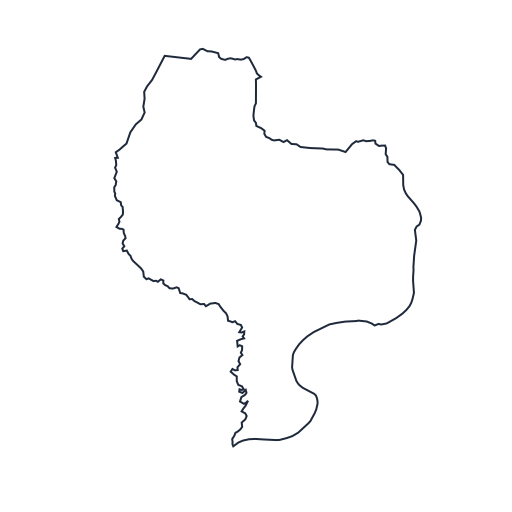 outline of Ananás, Tocantins, Brazil, rotated 195°
{"feature_id": "56859067B59489499559631", "entity_name": "Ananás", "entity_type": "district", "adm_level": 2, "iso_a3": "BRA", "parent_name": "Brazil", "parent_adm1": "Tocantins", "projection": "natural_earth1", "projection_center": [-48.183, -6.194], "detail": "fine", "context": "isolated", "style": "outline", "palette": "slate", "viewbox_px": 512, "rotation_deg": 195, "n_neighbors": 0, "source": "geoboundaries", "source_scale": "gbopen_adm2", "svg_char_len": 3712}
<svg xmlns="http://www.w3.org/2000/svg" viewBox="0 0 512 512"><g transform="rotate(195 256 256)"><path d="M123.4,219.6L120.1,222.1L117.4,222.2L112.3,224.7L104.6,232.2L99.6,238.3L96.7,243.0L94.7,247.4L93.9,251.1L93.7,255.3L93.9,261.3L97.9,272.8L99.0,277.1L100.1,282.8L101.1,286.1L103.3,297.1L105.2,312.4L109.3,322.4L108.5,326.0L106.3,328.6L105.8,332.8L106.4,335.6L108.6,339.6L109.8,341.4L113.5,345.0L116.9,347.7L125.0,353.1L127.7,355.5L130.2,358.6L132.1,362.5L134.9,372.4L140.1,376.3L142.9,377.9L146.0,379.8L151.0,379.2L153.3,380.9L154.7,385.7L157.1,387.9L158.2,393.6L159.9,396.1L163.6,395.0L165.6,394.1L169.7,395.5L170.7,398.1L173.0,398.0L175.8,396.6L179.4,395.4L182.4,395.5L187.0,392.7L189.0,392.8L192.1,389.0L196.4,379.6L204.0,380.1L215.6,377.2L219.3,377.1L231.1,374.4L241.2,372.8L245.7,374.4L250.8,373.4L256.0,375.9L258.9,373.2L263.6,374.3L268.5,372.3L270.9,372.3L273.6,373.3L277.1,373.7L279.6,376.2L280.1,379.2L284.0,380.8L289.3,381.7L290.5,384.5L293.0,386.5L294.8,390.8L295.6,395.6L296.2,400.2L295.6,403.5L300.5,422.1L301.8,426.5L297.6,430.4L300.3,431.4L302.4,432.6L304.1,435.0L308.2,439.5L312.1,443.6L314.2,445.7L316.5,445.6L318.9,443.0L321.6,441.7L325.0,441.4L327.1,440.4L329.3,440.5L331.7,440.4L334.1,439.3L336.5,437.5L340.5,437.4L343.1,438.6L345.0,442.1L349.3,442.1L352.6,442.0L355.8,441.2L361.0,442.3L363.5,441.1L369.7,429.6L396.0,425.7L400.0,407.6L401.9,399.3L405.2,391.4L406.5,385.6L404.3,379.0L403.5,371.1L400.7,365.8L402.0,358.2L406.2,352.0L409.4,342.9L410.2,331.1L415.6,323.1L418.3,319.9L414.9,315.1L417.4,314.3L415.9,311.6L414.5,307.5L415.0,304.9L412.3,301.4L413.0,294.5L410.3,292.0L409.9,288.3L410.7,285.7L409.5,281.5L408.1,279.8L407.9,277.6L404.9,273.8L400.6,273.0L399.3,270.0L397.5,268.8L395.8,264.0L395.4,261.4L396.8,258.3L398.1,256.3L396.8,253.8L397.2,251.5L398.3,247.9L394.8,247.0L392.7,247.5L390.8,247.2L389.6,243.9L387.5,241.3L386.6,239.4L388.2,236.5L388.1,233.6L385.7,231.3L387.1,228.6L385.5,226.3L382.2,227.8L379.5,224.9L377.4,223.8L375.4,221.0L373.4,219.4L363.7,214.2L360.9,211.8L359.0,207.0L355.8,205.2L354.0,206.6L351.2,205.9L348.7,205.3L345.9,206.2L344.1,205.7L341.9,208.8L339.1,208.3L338.5,205.6L336.4,204.4L333.6,204.0L331.2,202.5L327.9,203.0L324.5,205.2L322.4,204.9L319.6,200.6L317.2,200.9L313.4,200.5L310.6,198.4L309.0,197.0L306.5,197.9L303.8,196.5L300.9,195.9L297.2,195.0L293.7,196.2L291.4,194.5L287.8,198.2L285.0,199.3L283.2,200.1L279.7,199.9L277.5,197.9L273.4,194.8L270.1,192.9L267.9,190.4L266.2,186.2L263.7,186.2L261.7,185.9L259.3,187.6L256.4,185.5L252.8,185.5L250.9,183.4L252.4,178.1L250.0,178.4L247.8,180.1L247.2,177.2L248.1,174.9L246.2,173.3L248.9,171.8L252.3,169.2L250.3,163.9L248.6,165.6L246.0,165.2L245.1,161.5L245.6,158.7L243.5,156.8L245.7,153.7L245.7,150.0L243.3,147.4L245.1,143.8L244.2,141.1L246.7,140.1L249.5,140.8L250.5,137.7L246.5,135.7L243.4,134.7L242.2,130.1L239.7,126.9L235.9,126.5L233.5,124.2L235.3,122.8L237.4,123.0L237.1,120.6L233.6,120.2L231.3,124.0L229.8,121.4L230.6,119.1L233.6,115.9L233.8,111.3L229.3,110.1L227.8,111.6L226.2,114.1L227.4,108.4L228.8,105.2L229.7,102.2L225.6,101.2L223.6,99.0L224.0,95.5L226.7,91.4L225.1,87.3L226.4,84.2L228.2,81.7L230.1,79.9L230.4,76.9L231.6,73.0L230.5,70.3L230.0,68.1L228.7,66.3L224.8,71.2L220.9,74.3L215.3,77.2L209.4,79.1L200.5,80.9L189.0,83.4L185.7,84.4L179.0,88.2L174.2,91.5L169.5,96.3L161.9,108.3L160.7,110.7L158.6,119.5L158.1,123.4L158.3,129.1L158.9,131.5L160.5,134.7L162.0,136.7L164.0,137.9L176.8,140.8L180.5,142.4L182.3,143.6L184.6,145.7L191.2,155.4L192.3,157.7L194.7,169.7L194.5,172.8L193.5,176.4L191.5,181.9L188.8,186.9L185.5,191.8L180.5,197.5L178.9,198.9L167.4,208.9L160.9,212.2L152.9,215.7L142.4,219.1L140.3,220.1L132.1,221.4L126.6,220.7L123.4,219.6Z" fill="none" stroke="#1e293b" stroke-width="2"/></g></svg>